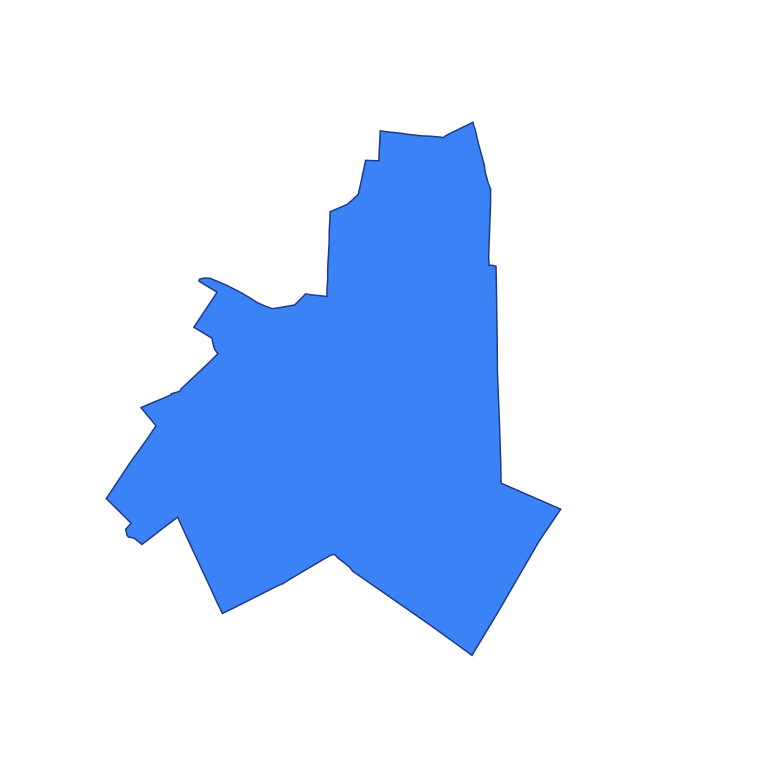 the district of Iratosu, Arad, Romania, rotated 24°
{"feature_id": "2599482B18379406714424", "entity_name": "Iratosu", "entity_type": "district", "adm_level": 2, "iso_a3": "ROU", "parent_name": "Romania", "parent_adm1": "Arad", "projection": "equal_earth", "projection_center": [21.188, 46.294], "detail": "fine", "context": "isolated", "style": "filled", "palette": "blue", "viewbox_px": 768, "rotation_deg": 24, "n_neighbors": 0, "source": "geoboundaries", "source_scale": "gbopen_adm2", "svg_char_len": 2150}
<svg xmlns="http://www.w3.org/2000/svg" viewBox="0 0 768 768"><g transform="rotate(24 384 384)"><path d="M574.8,596.1L575.5,589.7L579.2,560.2L581.1,544.5L587.9,480.6L589.5,465.0L596.4,426.5L531.3,427.0L523.7,410.6L521.8,406.6L518.8,400.5L505.1,372.2L485.7,332.9L482.8,327.1L469.6,298.0L446.7,248.5L438.4,230.8L434.4,231.6L431.7,232.9L429.9,229.2L428.0,225.6L417.1,198.5L408.0,175.9L402.1,162.6L398.2,158.9L391.0,150.2L385.9,142.3L372.9,126.5L365.8,117.2L363.7,114.3L360.2,110.8L358.9,108.7L356.4,111.7L352.2,116.6L347.3,122.5L343.6,126.9L339.8,131.5L338.1,134.7L334.5,135.7L324.7,139.1L319.1,141.4L316.8,142.2L308.2,145.0L300.2,147.3L293.4,149.3L288.1,151.1L282.8,152.8L277.6,154.3L280.5,161.7L283.1,168.3L283.1,168.6L285.7,175.1L288.5,182.2L283.6,184.2L276.2,187.2L278.1,195.5L279.1,200.8L279.8,203.8L281.1,209.7L282.8,218.5L283.4,220.9L280.4,228.3L277.4,234.8L272.0,240.7L267.4,245.6L264.7,248.6L267.5,255.2L269.7,261.2L271.7,266.4L273.4,270.3L276.9,278.4L279.0,284.3L279.6,285.5L282.4,293.1L284.6,298.7L286.7,304.1L289.0,309.0L290.6,313.0L292.6,318.5L294.6,323.6L296.3,327.2L289.5,329.4L282.3,331.8L275.6,333.7L275.5,334.3L272.8,341.4L270.2,348.3L268.3,349.4L267.0,350.3L262.1,353.6L259.5,355.3L251.5,360.6L243.4,361.2L235.0,361.2L227.1,359.9L215.9,358.7L207.8,358.2L199.7,357.9L191.2,357.9L181.6,358.3L177.0,360.1L172.8,363.3L173.1,365.3L194.2,368.1L187.2,409.5L208.3,412.2L213.3,419.3L216.1,421.8L219.9,423.8L215.5,435.4L200.9,470.4L200.4,473.7L193.6,479.5L194.2,480.3L177.7,497.8L171.6,504.3L171.9,504.6L192.7,514.9L190.0,530.6L183.9,559.9L182.4,569.2L176.9,601.6L201.3,610.8L209.6,614.1L207.1,621.8L210.9,626.9L212.7,627.7L218.4,626.5L228.1,629.0L233.8,618.7L239.9,607.2L249.6,589.6L250.1,590.0L262.9,601.3L277.4,614.0L291.8,626.5L295.0,629.3L306.7,639.4L317.0,648.5L319.9,651.1L329.1,658.9L329.8,659.3L330.6,658.3L337.7,649.9L369.6,610.7L372.8,607.6L378.5,599.0L401.1,567.3L405.4,561.5L408.5,559.8L412.7,561.7L417.9,562.9L426.7,565.2L429.8,566.8L431.3,567.7L518.9,584.4L519.4,584.5L524.4,585.5L553.6,591.6L555.5,592.0L564.9,594.0L569.5,595.0L570.7,595.3L573.9,596.0L574.8,596.1Z" fill="#3b82f6" stroke="#1e3a8a" stroke-width="1.5"/></g></svg>